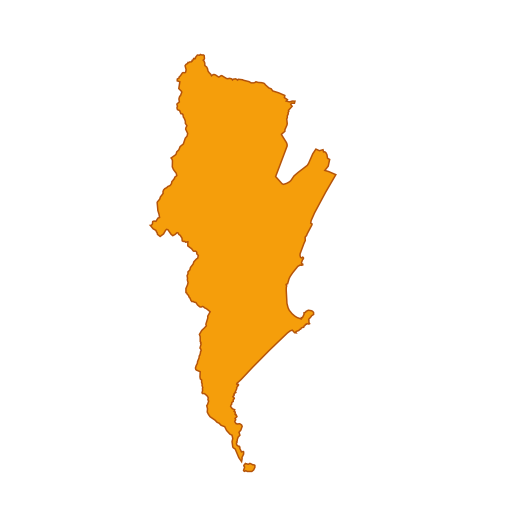 outline of Phu Loc, Thừa Thiên - Huế, Vietnam, rotated 77°
{"feature_id": "81297802B61067118889021", "entity_name": "Phu Loc", "entity_type": "district", "adm_level": 2, "iso_a3": "VNM", "parent_name": "Vietnam", "parent_adm1": "Thừa Thiên - Huế", "projection": "mercator", "projection_center": [107.975, 16.288], "detail": "fine", "context": "isolated", "style": "filled", "palette": "amber", "viewbox_px": 512, "rotation_deg": 77, "n_neighbors": 0, "source": "geoboundaries", "source_scale": "gbopen_adm2", "svg_char_len": 6081}
<svg xmlns="http://www.w3.org/2000/svg" viewBox="0 0 512 512"><g transform="rotate(77 256 256)"><path d="M377.2,339.4L378.1,338.9L378.3,337.5L379.2,336.6L381.3,335.1L383.3,334.4L385.3,335.2L386.7,334.8L389.6,336.5L390.8,337.7L393.9,337.6L397.0,338.6L399.6,338.0L402.3,336.9L406.8,332.8L409.2,331.4L410.7,329.5L413.0,328.2L415.3,324.9L419.4,323.9L423.7,321.5L425.2,319.7L428.6,319.7L431.5,321.1L436.8,321.6L437.8,321.2L439.4,319.7L448.6,318.1L453.1,316.3L450.3,315.1L449.2,315.0L446.2,312.6L444.1,312.1L443.6,312.4L443.6,314.2L439.7,315.1L438.6,314.7L438.1,315.3L437.7,315.2L437.6,315.8L435.7,317.3L433.9,317.2L433.2,316.4L432.5,316.6L432.1,316.0L430.6,315.5L428.5,314.2L427.0,312.0L423.9,312.2L422.3,310.0L418.9,307.8L417.5,308.0L416.3,309.0L415.7,309.8L415.5,312.2L415.0,312.5L414.8,313.2L413.1,313.8L412.3,313.9L411.1,312.6L409.5,312.9L408.4,310.9L407.9,310.6L406.7,311.3L406.0,311.1L405.9,311.8L405.5,312.0L403.4,311.3L402.5,312.3L401.0,311.3L399.5,313.4L396.9,314.6L395.8,314.1L394.8,312.9L393.8,312.8L393.2,312.4L392.6,310.9L391.0,310.6L390.0,309.2L389.3,309.2L388.7,309.9L387.6,310.1L387.1,308.9L386.2,308.4L385.7,308.7L385.2,308.2L384.5,307.3L384.7,306.8L384.5,306.4L383.8,306.8L380.9,304.6L379.9,304.5L377.7,302.0L377.1,302.2L377.3,303.2L376.4,303.6L375.6,303.0L373.0,298.3L363.5,284.1L350.7,263.9L338.0,242.6L336.6,239.4L336.4,237.3L339.4,235.7L339.9,234.2L339.4,234.4L338.6,234.0L338.2,231.0L337.4,230.0L337.3,228.9L336.4,228.0L336.1,227.0L336.2,225.6L335.1,224.9L334.7,223.9L333.8,223.1L333.9,222.3L333.4,221.7L334.2,219.8L334.0,219.0L332.7,219.4L330.6,218.9L330.1,219.1L329.4,218.7L327.5,216.0L326.8,215.4L325.9,213.0L323.9,212.6L322.5,213.4L321.7,214.5L320.6,217.2L321.2,219.7L322.0,220.4L322.1,222.0L323.6,222.3L326.6,224.7L326.2,225.7L327.5,226.2L325.2,229.8L323.2,231.8L320.3,233.9L316.4,235.8L313.6,236.4L309.1,236.5L295.9,234.2L293.3,233.5L292.0,232.8L290.9,233.2L290.3,232.8L290.2,231.5L285.4,228.8L283.6,227.3L280.7,224.2L275.5,217.6L274.8,215.2L275.3,213.7L275.2,212.4L274.4,212.3L273.7,213.3L272.7,213.2L270.1,211.5L269.3,210.4L268.3,210.2L267.6,210.7L268.1,212.1L267.4,212.9L265.2,213.0L263.7,212.5L254.6,206.5L252.0,204.5L248.7,203.9L247.4,202.1L246.0,201.2L238.1,194.4L237.3,194.2L236.3,195.3L233.9,194.3L227.2,189.3L209.5,173.8L194.7,159.9L190.0,166.3L188.1,169.7L184.7,165.4L178.5,162.5L176.9,164.3L173.3,164.1L171.2,164.6L170.0,165.5L169.7,166.8L167.5,166.8L167.7,170.5L165.3,173.6L169.2,177.7L177.4,183.8L179.2,185.6L184.0,196.1L186.5,200.9L190.3,205.0L191.2,206.6L192.1,209.7L192.4,213.1L191.4,214.4L183.0,219.0L155.8,200.9L154.1,200.6L152.4,200.8L143.7,203.8L143.1,203.8L141.0,199.8L139.4,199.4L135.4,196.4L134.1,195.8L129.2,195.2L128.4,194.4L126.5,194.0L124.8,192.6L123.5,192.5L122.5,191.5L121.4,191.6L118.2,187.1L116.2,188.1L115.1,187.1L115.8,184.2L113.9,183.2L113.2,185.8L113.4,188.7L111.8,191.7L110.7,190.2L108.1,192.7L106.1,191.8L102.1,197.2L98.9,202.6L96.5,203.6L95.2,205.6L91.4,208.3L89.9,209.0L89.3,209.7L88.3,211.7L87.4,214.8L86.2,216.9L86.6,217.5L86.8,219.3L86.2,221.8L84.5,223.6L81.8,228.9L81.3,229.3L79.8,233.5L80.5,234.3L78.8,235.9L78.6,238.2L79.2,239.3L78.3,239.6L77.7,240.2L76.9,241.9L76.9,243.7L76.4,244.8L72.6,248.7L72.4,249.4L73.2,251.5L73.2,252.2L70.6,254.6L69.9,255.6L69.6,256.9L70.4,258.8L68.8,259.2L66.9,260.4L64.8,261.2L62.7,261.1L60.9,261.5L58.9,263.0L56.4,262.5L54.4,262.8L53.3,263.4L52.7,262.3L52.0,261.8L49.0,261.4L48.3,262.0L47.9,263.7L47.1,264.9L47.7,265.8L47.0,267.9L48.8,270.2L50.0,270.7L50.1,271.5L49.5,271.9L49.5,272.3L50.8,273.2L51.0,274.3L51.8,274.4L52.3,275.6L52.0,277.0L52.4,278.0L52.1,278.7L53.0,279.4L53.6,281.2L54.7,282.3L58.8,282.2L61.0,283.2L61.4,284.0L60.9,285.9L61.1,286.6L63.5,289.2L64.3,290.6L65.2,290.9L65.9,292.9L67.6,293.4L69.1,291.0L75.5,293.6L78.9,291.5L79.7,291.5L82.8,293.5L83.2,294.4L84.5,295.2L85.7,295.8L88.6,296.0L90.0,298.7L90.7,299.0L92.2,298.8L93.9,299.7L95.7,299.6L97.1,297.7L100.4,297.2L101.0,295.8L101.7,295.4L104.4,295.5L105.5,295.0L108.6,294.5L110.9,295.0L113.5,294.0L115.5,295.6L116.6,296.0L121.2,295.0L123.7,296.2L125.3,298.4L130.5,301.6L132.3,305.3L135.2,307.3L136.7,309.8L138.7,310.9L139.3,311.6L141.4,316.7L143.0,316.0L144.5,316.0L150.3,317.5L153.2,317.0L157.4,315.1L159.9,315.1L161.0,317.5L162.5,318.2L162.7,319.0L163.7,319.9L164.5,321.2L166.5,322.1L168.0,323.8L168.5,326.4L169.3,327.6L169.8,329.6L171.0,331.3L172.5,332.2L174.1,332.4L177.0,335.9L178.9,337.0L181.1,339.9L181.7,340.3L189.7,341.4L193.6,341.1L196.8,341.3L197.0,343.0L199.7,345.7L199.0,347.5L199.2,348.9L201.6,349.8L202.5,351.0L202.4,352.1L206.4,350.1L208.6,347.7L210.0,347.6L210.9,347.1L212.8,347.1L215.4,345.0L213.7,341.1L210.6,338.3L209.9,337.1L210.6,335.9L215.7,333.9L217.5,332.5L216.7,329.8L215.5,327.8L215.9,326.8L217.7,326.3L218.8,325.2L222.0,324.1L224.6,324.5L225.4,323.7L225.8,322.1L226.8,321.4L226.8,319.2L230.8,320.2L234.5,317.1L237.0,316.0L237.4,315.4L237.6,313.9L238.5,313.1L239.4,312.9L240.6,313.2L242.5,312.1L245.0,313.3L245.5,314.7L247.6,317.8L249.7,319.1L252.4,322.4L254.7,323.6L256.2,325.9L257.9,326.2L259.7,327.6L262.2,327.7L263.8,328.3L266.7,328.2L268.8,329.3L271.9,331.6L275.9,332.5L276.4,331.8L277.5,331.7L279.2,330.7L281.5,330.3L282.0,329.8L284.6,329.4L286.0,328.7L286.2,327.3L287.0,326.7L287.8,325.0L290.5,324.0L292.9,322.2L293.4,321.0L293.1,319.6L293.6,318.7L295.3,317.4L296.0,316.3L300.0,313.2L303.8,316.6L305.5,316.9L311.2,320.2L312.8,320.1L314.5,322.5L316.3,325.6L319.7,328.8L322.0,328.5L326.9,329.6L327.7,329.1L328.5,329.6L329.4,329.3L333.1,331.3L334.1,330.8L335.7,330.7L337.1,331.8L337.9,331.9L340.0,333.1L340.6,333.8L342.4,334.4L345.7,336.7L347.4,337.3L349.3,338.9L351.5,340.2L352.9,340.2L353.7,339.8L356.2,336.4L361.2,337.8L363.3,337.9L364.5,336.9L367.3,337.5L368.3,337.2L370.0,337.7L372.3,337.5L373.4,338.1L374.8,338.2L377.2,339.4ZM461.6,304.6L459.8,304.2L459.6,304.6L459.0,304.9L458.7,306.1L457.0,308.1L456.7,308.9L457.2,310.0L457.1,310.8L456.3,311.9L456.2,312.9L455.8,313.1L457.2,314.9L457.8,315.1L458.7,314.6L459.4,314.7L462.1,316.4L462.6,316.3L463.3,315.5L462.9,314.3L464.0,312.9L465.0,308.6L463.9,306.4L461.6,304.6Z" fill="#f59e0b" stroke="#b45309" stroke-width="1.5"/></g></svg>